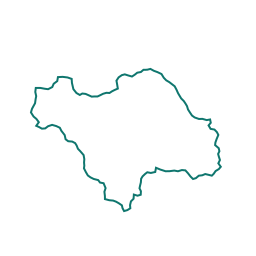 the district of Contagem, Minas Gerais, Brazil, rotated 138°
{"feature_id": "56859067B35931287026630", "entity_name": "Contagem", "entity_type": "district", "adm_level": 2, "iso_a3": "BRA", "parent_name": "Brazil", "parent_adm1": "Minas Gerais", "projection": "robinson", "projection_center": [-44.079, -19.891], "detail": "fine", "context": "isolated", "style": "outline", "palette": "teal", "viewbox_px": 256, "rotation_deg": 138, "n_neighbors": 0, "source": "geoboundaries", "source_scale": "gbopen_adm2", "svg_char_len": 2057}
<svg xmlns="http://www.w3.org/2000/svg" viewBox="0 0 256 256"><g transform="rotate(138 128 128)"><path d="M186.5,68.9L183.4,67.4L180.0,66.8L178.1,69.3L174.9,71.5L171.2,71.7L168.2,74.6L166.2,71.3L163.2,69.9L160.7,72.4L159.8,75.5L157.6,77.1L154.8,79.0L152.2,81.5L149.5,82.3L146.1,82.4L143.3,82.2L141.1,79.3L137.2,77.1L133.8,79.7L131.8,75.5L129.0,70.7L126.0,68.1L122.1,65.4L119.8,62.4L116.1,60.7L113.7,58.1L113.7,54.2L114.0,50.1L113.8,46.6L111.1,45.3L107.3,45.2L104.5,43.2L101.4,42.1L99.2,38.9L97.6,36.5L95.1,36.6L91.7,37.4L88.0,36.7L85.0,37.1L84.5,41.3L81.1,42.7L79.7,45.8L78.4,48.4L75.6,49.6L74.1,52.3L74.7,57.0L72.8,58.7L69.7,60.4L65.5,62.4L64.7,65.4L64.8,69.0L67.2,72.1L66.4,76.0L63.0,76.5L61.3,79.4L64.2,81.2L66.6,85.0L69.2,87.2L71.4,91.2L72.1,94.4L71.6,98.0L71.0,101.6L69.5,104.8L68.9,107.9L68.5,110.7L68.7,114.4L67.5,120.4L66.3,124.1L65.4,127.8L66.6,134.4L67.7,137.9L67.8,141.4L67.0,145.7L68.7,149.8L70.5,153.2L71.8,156.9L74.8,158.5L77.6,160.9L81.0,161.0L84.1,162.9L87.4,163.1L90.6,163.6L92.5,166.6L94.5,170.0L97.2,171.4L101.1,171.9L104.9,170.9L107.2,167.2L109.2,164.1L112.5,165.2L115.5,166.0L118.3,166.4L120.5,168.6L123.6,170.1L126.5,170.9L129.5,171.8L131.7,173.8L134.0,175.6L135.3,178.6L136.7,181.7L138.9,184.2L141.7,184.8L142.9,188.5L142.6,193.4L141.0,196.3L139.5,199.0L137.0,202.2L139.1,206.0L142.3,209.7L146.0,212.7L149.2,210.2L153.6,210.6L156.9,209.1L161.4,210.3L163.7,213.0L166.3,216.4L169.7,219.5L172.8,216.8L174.9,213.1L177.3,211.3L180.5,208.6L183.4,207.6L186.5,206.5L189.7,204.5L190.5,199.7L190.0,196.0L190.4,192.0L194.7,191.0L193.5,188.3L192.4,185.1L189.8,183.1L186.2,182.8L182.3,181.1L180.0,177.4L178.5,173.8L179.4,170.5L179.8,165.1L181.9,161.4L181.3,158.2L178.5,155.2L177.4,152.1L177.9,149.3L179.1,146.1L179.0,142.8L179.1,137.6L181.3,134.1L183.8,131.7L185.7,129.2L187.7,127.5L188.8,123.5L189.6,119.6L188.9,116.4L187.6,113.1L185.0,109.2L185.3,106.2L183.1,103.3L184.9,98.3L188.2,96.4L190.6,93.0L192.7,90.6L190.2,86.8L187.6,84.0L186.2,81.3L185.2,78.3L184.3,74.6L185.7,72.1L186.5,68.9Z" fill="none" stroke="#0f766e" stroke-width="2"/></g></svg>